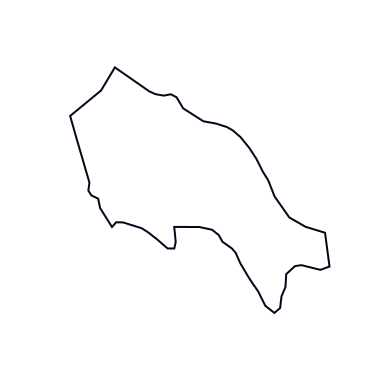 João Dias, Rio Grande do Norte, Brazil (Albers equal-area conic projection), rotated 55°
{"feature_id": "56859067B63988167258513", "entity_name": "João Dias", "entity_type": "district", "adm_level": 2, "iso_a3": "BRA", "parent_name": "Brazil", "parent_adm1": "Rio Grande do Norte", "projection": "albers", "projection_center": [-37.823, -6.289], "detail": "fine", "context": "isolated", "style": "outline", "palette": "ink", "viewbox_px": 384, "rotation_deg": 55, "n_neighbors": 0, "source": "geoboundaries", "source_scale": "gbopen_adm2", "svg_char_len": 877}
<svg xmlns="http://www.w3.org/2000/svg" viewBox="0 0 384 384"><g transform="rotate(55 192 192)"><path d="M174.8,277.6L173.3,271.5L177.3,266.0L192.8,254.0L200.4,250.9L211.4,247.6L224.2,244.4L228.1,238.9L223.6,234.0L210.4,226.6L224.8,206.2L234.3,197.3L242.5,194.8L250.1,195.6L261.2,191.7L266.9,191.1L278.0,193.3L293.4,194.5L302.3,194.8L311.2,194.8L327.3,197.2L338.3,193.9L337.6,186.4L328.8,178.5L323.4,169.9L313.3,161.9L311.8,150.0L314.8,144.2L329.4,131.5L331.9,122.1L301.7,106.4L285.6,119.0L275.1,123.9L268.7,126.9L242.9,126.9L226.4,122.9L215.9,122.3L201.6,120.2L188.2,119.8L174.8,120.8L164.8,123.3L158.6,126.3L149.7,133.1L140.6,142.1L118.4,151.3L105.6,150.3L99.7,153.4L96.9,159.8L90.8,165.9L85.0,169.3L45.7,183.7L56.7,208.3L59.8,248.2L82.9,256.2L125.4,270.6L131.4,276.1L137.0,276.4L143.6,272.7L152.5,276.5L174.8,277.6Z" fill="none" stroke="#020617" stroke-width="2"/></g></svg>